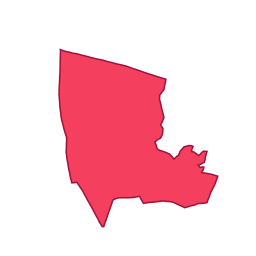 outline of Al-Rumaitha, Al-Muthannia, Iraq, rotated 252°
{"feature_id": "34846034B72933378732296", "entity_name": "Al-Rumaitha", "entity_type": "district", "adm_level": 2, "iso_a3": "IRQ", "parent_name": "Iraq", "parent_adm1": "Al-Muthannia", "projection": "albers", "projection_center": [45.302, 31.497], "detail": "fine", "context": "isolated", "style": "filled", "palette": "rose", "viewbox_px": 256, "rotation_deg": 252, "n_neighbors": 0, "source": "geoboundaries", "source_scale": "gbopen_adm2", "svg_char_len": 2329}
<svg xmlns="http://www.w3.org/2000/svg" viewBox="0 0 256 256"><g transform="rotate(252 128 128)"><path d="M85.4,64.4L85.3,64.5L82.3,65.4L76.5,66.4L71.7,67.3L62.9,69.1L56.5,70.2L53.0,70.8L50.9,71.4L48.4,71.5L46.7,71.9L44.3,72.5L43.1,72.6L42.2,73.1L41.7,74.1L42.0,74.8L43.5,75.6L47.4,78.8L54.9,84.3L57.4,86.4L60.0,88.3L63.0,90.5L64.4,91.8L64.5,93.6L64.6,95.7L64.5,97.3L64.3,98.2L64.1,98.9L63.3,101.4L62.4,104.4L61.6,106.3L61.1,108.5L60.2,111.9L59.9,114.4L59.5,117.2L59.4,117.9L55.6,118.5L51.6,119.4L50.8,124.5L49.7,129.0L48.3,136.2L47.7,139.0L46.6,141.3L44.9,145.3L44.0,147.2L43.3,148.0L42.2,149.3L39.9,151.8L37.6,154.3L34.6,157.5L34.5,164.8L34.1,167.1L34.5,170.0L34.2,172.5L33.8,173.8L33.4,175.3L32.5,179.9L41.0,186.7L47.9,193.5L54.4,198.5L55.4,197.1L58.0,193.4L60.7,188.6L61.5,186.9L62.6,184.7L62.8,184.2L63.2,184.2L64.7,186.3L67.3,188.1L68.0,186.8L68.1,184.5L70.9,183.3L71.2,186.6L71.8,189.9L74.0,191.5L75.7,192.2L78.4,193.9L81.3,195.9L82.6,192.9L82.2,191.2L79.9,186.8L81.8,185.4L84.9,183.2L85.9,181.2L88.1,182.2L90.4,184.2L91.6,182.8L92.5,180.6L92.8,175.6L89.7,170.3L86.4,167.6L85.8,165.3L84.8,163.4L84.3,162.1L87.0,161.1L90.4,159.5L93.2,156.3L95.3,153.6L97.0,151.1L99.2,149.3L102.8,149.5L106.3,149.3L107.8,152.5L108.3,155.8L111.3,158.8L114.5,160.2L116.7,161.1L120.8,159.9L123.3,162.5L127.0,165.5L132.2,165.8L137.3,166.1L140.5,166.6L145.4,166.8L149.4,168.3L151.4,171.1L153.5,174.1L157.5,176.2L160.6,178.1L162.7,179.1L163.3,178.2L166.0,174.3L168.5,170.7L171.0,167.4L173.4,163.9L176.1,160.3L178.3,157.5L181.3,153.5L184.0,149.7L187.2,145.8L190.8,140.0L192.7,136.6L195.2,132.9L197.8,128.6L200.8,124.3L203.5,119.3L206.5,114.5L209.4,110.1L212.0,105.9L214.5,102.2L215.9,99.2L218.5,95.3L220.3,92.0L221.1,91.0L223.5,87.8L222.1,87.6L217.8,86.0L211.2,83.7L205.0,81.6L200.1,79.8L196.9,78.5L194.0,77.5L190.7,76.2L187.6,75.0L185.4,74.2L183.4,73.6L181.3,72.7L179.7,72.5L177.8,71.9L175.7,71.5L171.3,70.3L168.4,69.6L162.5,68.5L160.3,68.0L156.2,67.4L151.5,67.2L148.3,66.9L144.7,66.7L140.3,66.7L138.6,66.7L137.8,66.7L136.8,66.2L135.4,65.9L132.7,64.8L129.5,63.7L127.1,62.9L125.7,62.2L123.9,61.7L123.1,61.4L122.0,61.4L119.0,60.7L116.0,60.2L114.8,60.1L110.4,59.4L106.9,58.9L104.7,58.7L99.9,58.1L96.9,57.8L94.8,57.8L93.3,57.5L92.8,59.0L92.3,61.1L92.3,62.5L90.1,63.2L86.9,64.1L85.4,64.4Z" fill="#f43f5e" stroke="#9f1239" stroke-width="1.5"/></g></svg>